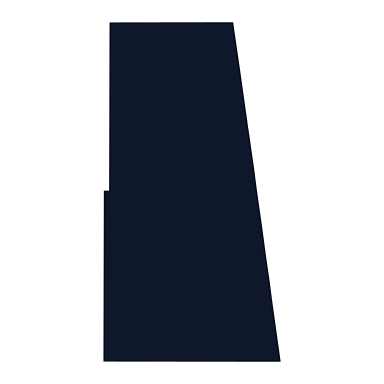 outline of Adair, Oklahoma, United States of America
{"feature_id": "52423323B59110128996331", "entity_name": "Adair", "entity_type": "district", "adm_level": 2, "iso_a3": "USA", "parent_name": "United States of America", "parent_adm1": "Oklahoma", "projection": "orthographic", "projection_center": [-94.555, 35.9], "detail": "fine", "context": "isolated", "style": "filled", "palette": "ink", "viewbox_px": 384, "rotation_deg": 0, "n_neighbors": 0, "source": "geoboundaries", "source_scale": "gbopen_adm2", "svg_char_len": 580}
<svg xmlns="http://www.w3.org/2000/svg" viewBox="0 0 384 384"><path d="M232.5,23.0L110.3,23.2L110.0,142.9L109.9,191.4L104.6,191.4L104.2,360.8L279.8,361.0L271.9,304.4L271.6,302.4L269.1,283.1L268.9,281.3L268.3,277.2L265.9,260.9L265.6,258.7L265.1,255.0L265.0,254.3L264.8,252.6L263.8,245.6L263.1,239.7L262.4,235.0L261.4,227.1L256.2,190.9L253.5,170.0L253.5,169.7L253.4,168.8L252.6,163.7L252.5,162.6L250.6,149.7L248.6,135.4L247.7,129.6L247.1,125.9L246.7,122.5L240.4,77.7L240.3,77.0L238.1,61.6L233.4,29.4L232.5,23.1L232.5,23.0Z" fill="#0f172a" stroke="#020617" stroke-width="1.5"/></svg>